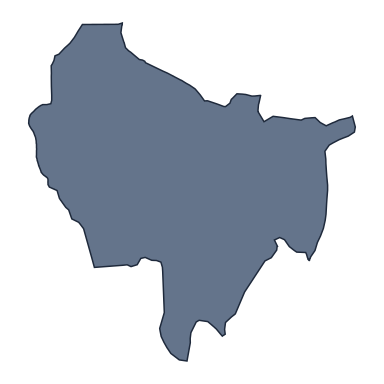 outline of Khamir, Amran, Yemen
{"feature_id": "15242507B91488978109149", "entity_name": "Khamir", "entity_type": "district", "adm_level": 2, "iso_a3": "YEM", "parent_name": "Yemen", "parent_adm1": "Amran", "projection": "natural_earth1", "projection_center": [43.859, 15.999], "detail": "fine", "context": "isolated", "style": "filled", "palette": "slate", "viewbox_px": 384, "rotation_deg": 0, "n_neighbors": 0, "source": "geoboundaries", "source_scale": "gbopen_adm2", "svg_char_len": 5243}
<svg xmlns="http://www.w3.org/2000/svg" viewBox="0 0 384 384"><path d="M187.0,361.0L190.3,342.7L190.2,338.6L190.9,332.7L196.2,322.0L199.1,320.3L207.8,321.6L212.6,325.7L216.3,329.0L220.3,333.8L222.1,335.9L222.3,336.1L222.5,335.9L223.7,335.2L225.2,334.2L224.6,329.4L225.5,322.5L231.5,316.9L235.3,313.9L244.6,292.0L265.0,260.9L271.3,257.7L276.7,250.1L277.1,246.6L277.5,246.4L274.4,240.0L279.7,237.5L284.5,239.7L289.3,246.6L294.3,250.5L296.7,252.1L305.7,252.5L306.6,254.5L307.4,257.4L308.0,258.9L308.8,259.0L309.0,259.5L308.4,259.7L308.6,259.9L308.8,260.2L309.2,260.5L309.5,260.3L309.8,258.9L310.1,258.6L310.7,256.8L315.0,250.5L317.4,242.5L320.5,236.0L323.4,228.4L325.2,220.3L326.0,214.3L326.6,203.5L326.9,199.1L327.6,190.3L327.6,185.1L326.8,176.6L326.4,171.2L325.9,163.5L325.8,159.1L324.9,151.3L329.2,145.1L332.8,143.0L339.1,139.7L343.8,137.8L348.3,136.1L354.4,132.1L355.3,127.0L352.4,116.0L350.3,117.3L344.3,118.8L339.8,119.8L339.3,119.9L334.8,122.0L332.7,122.8L326.8,125.5L326.2,125.8L322.7,123.9L320.2,122.5L315.1,117.6L311.6,117.8L307.0,118.2L304.8,118.4L301.2,120.1L290.6,118.7L283.3,117.6L273.8,116.4L273.1,116.3L264.0,121.7L258.2,112.0L258.3,111.4L257.9,111.2L258.5,104.5L258.9,103.3L259.5,100.6L260.6,95.5L260.4,95.4L255.0,96.0L251.9,96.1L245.8,94.5L242.1,94.1L236.9,93.8L232.5,98.3L231.3,99.4L229.9,103.2L225.5,106.6L223.8,106.5L217.1,104.0L207.6,100.8L204.5,100.9L200.2,94.9L195.2,89.0L189.7,85.2L186.2,83.3L181.4,80.3L181.1,80.3L167.4,73.1L162.9,71.1L157.7,68.6L145.5,62.7L144.8,61.3L142.6,60.1L139.3,59.5L130.8,52.3L128.5,50.7L125.5,47.7L124.1,42.5L123.8,42.0L120.9,32.7L121.9,25.1L122.2,25.0L122.3,23.0L118.2,24.3L82.4,24.5L78.3,30.8L74.4,37.4L69.9,43.3L64.5,48.2L58.9,54.2L55.0,55.8L54.0,60.4L52.2,64.2L51.2,65.7L51.4,73.4L51.3,76.1L51.3,77.4L51.4,86.3L51.7,95.2L51.7,100.4L50.8,103.7L46.8,104.6L42.7,104.6L42.1,104.9L41.7,105.1L41.2,105.3L40.9,105.5L40.7,105.5L40.1,105.9L39.7,106.2L39.5,106.4L39.1,106.5L38.8,106.8L38.6,107.0L38.4,107.1L38.2,107.2L38.0,107.4L37.9,107.5L37.4,107.9L37.1,108.1L36.6,108.5L36.1,108.9L35.9,109.1L35.7,109.2L35.4,109.6L34.9,110.0L34.6,110.5L34.2,110.8L34.0,111.1L33.9,111.2L33.8,111.3L33.5,111.6L33.4,111.7L33.2,111.9L33.0,112.0L32.8,112.2L32.6,112.4L32.3,112.6L32.0,112.9L31.7,113.3L31.4,113.5L31.1,113.8L31.0,114.0L30.8,114.3L30.5,114.6L30.3,115.0L30.2,115.2L30.0,115.3L30.0,115.6L30.0,115.9L29.7,116.2L29.7,116.6L29.6,116.9L29.5,117.2L29.4,117.4L29.3,117.7L29.3,117.9L29.2,118.1L29.2,118.3L29.1,118.6L29.0,119.0L29.0,119.4L28.9,119.6L28.9,119.9L28.8,120.5L28.9,120.9L28.8,121.4L28.8,122.1L28.7,122.4L28.7,122.8L28.7,123.0L28.7,123.4L28.7,123.6L28.8,123.8L28.9,124.1L29.0,124.3L29.2,124.7L29.2,124.9L29.3,125.3L29.4,125.5L29.5,125.7L29.7,126.1L29.8,126.4L30.1,126.7L30.2,127.0L30.3,127.2L30.5,127.6L30.7,127.8L30.9,128.2L31.1,128.5L31.4,128.9L31.5,129.1L31.7,129.4L31.9,129.6L32.0,129.7L32.1,130.0L32.3,130.1L32.4,130.3L32.5,130.4L32.7,130.7L32.8,130.9L32.9,131.0L33.0,131.2L33.1,131.3L33.3,131.5L33.3,131.8L33.5,132.0L33.6,132.4L33.8,132.8L34.0,133.2L34.0,133.4L34.1,133.6L34.2,133.9L34.3,134.2L34.4,134.5L34.5,134.8L34.6,135.0L34.8,135.4L34.8,135.6L35.0,136.0L35.2,136.5L35.4,137.0L35.5,137.3L35.7,138.3L35.8,138.9L36.0,139.9L36.1,140.2L36.1,140.7L36.2,141.0L36.2,141.3L36.2,141.5L36.2,141.9L36.2,142.3L36.3,142.8L36.3,143.1L36.3,143.3L36.3,143.7L36.5,143.9L36.5,144.1L36.5,144.4L36.5,144.6L36.5,144.8L36.5,145.1L36.5,145.3L36.5,145.6L36.5,145.8L36.5,146.1L36.5,146.4L36.5,146.8L36.5,147.1L36.5,147.7L36.5,147.9L36.6,148.3L36.6,148.9L36.6,149.3L36.6,149.6L36.6,150.0L36.5,150.5L36.5,150.8L36.5,151.3L36.5,151.6L36.5,152.0L36.5,152.4L36.5,152.6L36.5,153.1L36.5,153.3L36.5,153.6L36.5,154.4L36.5,155.2L36.4,155.9L36.4,156.4L36.4,156.5L36.4,157.0L36.5,157.3L36.5,157.5L36.6,157.8L36.7,158.0L36.8,158.3L36.9,158.6L37.0,159.0L37.1,159.5L37.1,159.9L37.2,160.1L37.2,160.4L37.2,160.6L37.4,160.9L37.5,161.2L37.5,161.5L37.7,161.8L37.8,162.2L37.9,162.6L38.0,162.8L38.0,163.0L38.1,163.4L38.3,163.7L38.3,164.0L38.5,164.6L38.5,164.9L38.6,165.1L38.7,165.6L38.9,165.7L38.9,166.0L39.0,166.2L39.0,166.4L39.1,166.7L39.3,166.9L39.4,167.3L39.6,167.8L39.8,168.2L39.9,168.6L40.0,168.8L40.2,169.1L40.4,169.7L40.5,170.1L40.7,170.6L40.9,171.2L41.0,171.5L41.2,171.9L41.2,172.2L41.3,172.3L41.3,172.5L41.7,172.8L41.8,173.0L42.0,173.2L42.2,173.5L42.3,173.6L42.5,173.8L42.7,174.1L42.9,174.3L43.2,174.6L43.3,174.7L43.5,174.9L43.8,175.1L43.9,175.3L44.1,175.4L44.3,175.5L44.5,175.7L44.7,175.8L45.0,176.0L45.3,176.3L45.5,176.5L45.8,176.6L46.0,176.8L46.3,176.9L46.4,177.1L46.6,177.2L46.8,177.4L47.0,177.5L47.2,177.8L47.4,178.0L47.5,178.2L47.7,178.5L47.8,178.8L47.9,179.2L48.0,179.5L48.0,179.8L48.0,180.1L48.0,180.3L48.0,180.8L48.0,181.1L48.0,181.4L48.0,181.7L47.9,181.9L47.9,182.2L48.0,182.5L48.0,182.8L48.0,183.0L48.0,183.5L48.0,184.0L48.0,184.4L48.0,184.6L49.4,187.1L56.8,190.4L57.1,190.6L59.4,198.3L60.7,200.3L60.8,200.3L62.5,202.8L65.8,207.4L68.7,209.9L71.8,218.9L78.7,222.3L80.6,224.7L83.6,228.7L92.0,258.6L94.4,267.4L122.3,265.3L127.2,264.8L131.0,266.6L137.2,264.7L140.8,258.4L145.2,257.4L149.9,259.5L151.8,260.3L156.5,260.5L160.9,262.1L162.4,267.2L162.7,271.5L164.3,312.6L159.7,328.4L160.1,330.9L161.2,336.5L164.0,342.4L167.0,347.7L170.9,353.5L179.3,359.9L187.0,361.0Z" fill="#64748b" stroke="#1e293b" stroke-width="1.5"/></svg>